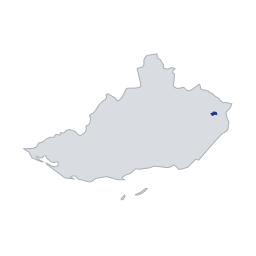 San Pedro, Copán, Honduras (highlighted), rotated 174°
{"feature_id": "27666195B10717869055207", "entity_name": "San Pedro", "entity_type": "district", "adm_level": 2, "iso_a3": "HND", "parent_name": "Honduras", "parent_adm1": "Copán", "projection": "natural_earth1", "projection_center": [-88.844, 14.614], "detail": "fine", "context": "in_parent", "style": "filled", "palette": "blue", "viewbox_px": 256, "rotation_deg": 174, "n_neighbors": 0, "source": "geoboundaries", "source_scale": "gbopen_adm2", "svg_char_len": 3063}
<svg xmlns="http://www.w3.org/2000/svg" viewBox="0 0 256 256"><g transform="rotate(174 128 128)"><path d="M233.8,118.2L225.0,117.6L220.9,118.8L219.1,121.6L217.6,122.8L216.3,122.5L213.6,123.6L209.7,126.1L206.1,127.0L202.9,126.4L202.0,127.1L201.7,127.9L201.3,128.6L200.0,129.1L198.6,128.8L197.0,128.0L196.1,128.3L196.1,130.0L195.2,130.4L193.6,129.6L191.7,130.2L189.7,132.1L186.8,132.6L183.1,131.4L180.3,129.4L178.2,126.3L175.8,125.5L171.5,127.8L169.8,130.5L169.4,132.1L169.8,133.6L169.0,134.6L167.1,135.1L165.6,136.9L164.5,140.0L164.4,142.4L165.0,144.1L164.0,145.4L161.4,146.2L158.4,148.9L154.9,153.5L151.4,156.7L147.9,158.6L146.2,160.6L146.3,162.8L146.1,163.5L145.5,163.8L144.3,164.1L137.6,159.2L135.6,155.9L134.0,156.4L131.8,158.1L128.9,161.9L125.7,167.1L124.2,167.6L116.2,166.9L112.0,167.3L111.1,168.0L110.7,169.9L111.0,172.5L112.1,181.6L112.8,185.3L112.2,186.5L110.0,186.7L107.2,187.2L105.7,188.9L105.4,190.7L105.2,193.2L104.3,195.7L102.6,197.5L100.9,198.2L91.4,198.7L91.6,194.5L88.8,192.8L87.2,189.2L85.9,186.9L86.3,185.4L86.2,183.7L82.3,182.4L78.7,183.5L76.6,182.8L75.1,181.9L77.7,179.8L77.9,178.5L77.0,177.6L76.2,177.0L76.4,174.7L77.0,171.9L78.4,165.4L77.9,164.2L75.5,162.3L72.4,162.1L69.0,162.7L67.4,161.7L66.0,159.5L63.5,158.4L59.3,160.2L54.7,162.9L53.4,163.8L52.2,163.7L51.7,161.7L51.5,159.3L51.2,158.7L48.8,157.9L46.0,157.3L44.5,156.6L43.2,155.0L39.8,152.9L39.0,151.3L34.5,147.8L33.6,146.0L32.6,144.7L30.4,143.1L28.7,143.5L23.0,141.4L22.2,141.2L23.0,139.5L24.8,136.7L28.7,133.6L29.0,131.1L28.0,126.3L27.0,123.2L27.5,121.9L28.7,116.3L29.7,115.0L35.4,112.2L35.9,111.8L40.4,107.8L45.3,103.5L50.5,98.6L56.2,93.3L59.4,90.1L60.8,88.7L64.2,89.8L66.8,87.3L68.3,86.4L71.8,83.4L72.9,82.7L78.8,81.5L81.6,81.5L84.1,84.6L86.1,86.3L89.8,84.8L93.0,84.5L105.9,87.4L111.0,86.1L120.4,85.8L124.6,86.6L130.6,82.5L134.4,81.7L138.9,79.8L138.3,77.8L137.2,76.9L144.1,77.8L154.3,81.9L165.2,81.2L169.2,78.9L171.7,78.3L182.9,82.5L185.8,85.8L188.1,86.1L189.9,85.4L190.4,84.7L188.2,84.0L187.2,83.0L196.0,85.0L212.6,100.4L213.0,101.7L205.9,97.1L202.2,97.5L201.2,98.2L201.4,100.7L201.8,101.9L203.4,102.0L204.5,101.3L207.5,102.1L209.4,103.8L211.8,106.3L213.2,109.1L214.7,109.1L216.2,107.5L219.0,107.3L220.9,109.1L222.2,109.0L220.3,106.1L216.0,103.3L217.1,103.2L226.5,108.3L229.3,114.7L231.5,116.2L233.8,118.2ZM122.4,62.7L116.9,65.9L115.2,65.8L117.7,63.4L121.8,61.3L125.2,60.3L128.0,60.8L122.4,62.7ZM141.1,59.4L138.5,61.7L138.0,60.7L139.2,58.6L140.8,57.3L142.3,57.4L142.0,58.4L141.1,59.4Z" fill="#d9dde1" stroke="#a8b0b8" stroke-width="1"/><path d="M43.6,133.5L43.1,132.4L42.9,132.2L42.7,132.1L42.4,131.9L41.6,132.6L40.4,132.7L39.2,132.7L38.6,132.4L38.6,132.5L38.5,132.8L38.6,133.0L38.6,133.3L38.7,133.5L38.8,133.7L38.8,133.8L39.0,133.8L39.1,134.0L39.9,133.8L40.0,133.8L40.1,134.3L40.2,134.7L40.3,134.7L40.4,134.4L40.5,134.4L40.8,134.3L40.8,134.2L40.8,133.9L40.9,133.7L41.0,133.7L41.0,133.8L40.9,133.9L40.9,134.0L41.0,134.0L40.9,134.2L40.9,134.3L41.0,134.3L41.1,134.2L41.3,134.1L41.6,134.4L41.9,133.8L43.1,133.6L43.6,133.5Z" fill="#3b82f6" stroke="#1e3a8a" stroke-width="1.5"/></g></svg>